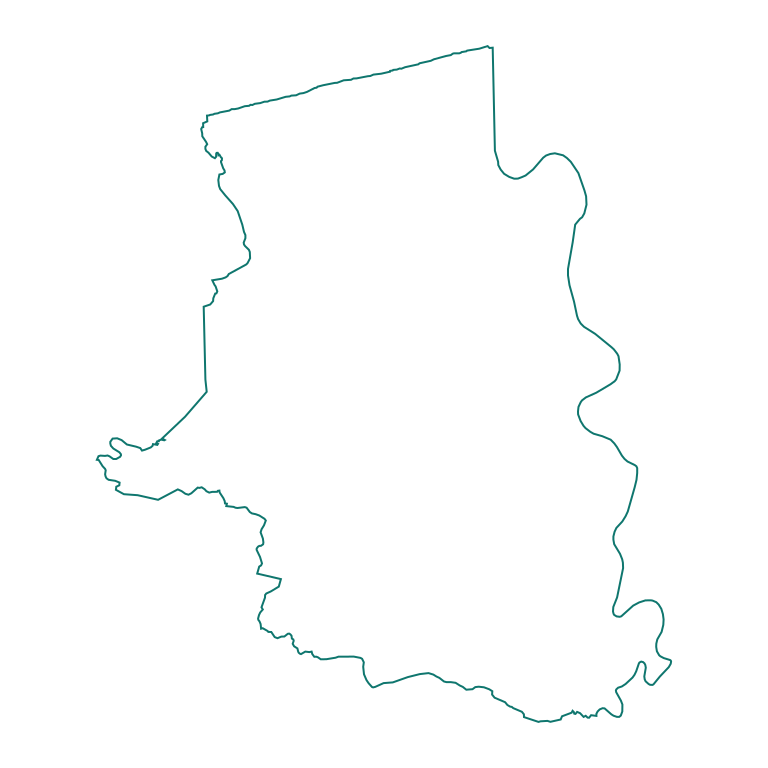 the district of Agua Dulce, Veracruz, Mexico
{"feature_id": "50627088B60707698432893", "entity_name": "Agua Dulce", "entity_type": "district", "adm_level": 2, "iso_a3": "MEX", "parent_name": "Mexico", "parent_adm1": "Veracruz", "projection": "orthographic", "projection_center": [-94.163, 18.09], "detail": "fine", "context": "isolated", "style": "outline", "palette": "teal", "viewbox_px": 768, "rotation_deg": 0, "n_neighbors": 0, "source": "geoboundaries", "source_scale": "gbopen_adm2", "svg_char_len": 6053}
<svg xmlns="http://www.w3.org/2000/svg" viewBox="0 0 768 768"><path d="M494.9,150.7L492.7,47.7L489.5,48.0L487.6,46.1L479.3,48.7L467.1,50.6L466.3,51.3L461.5,52.1L460.8,52.8L459.3,53.3L454.1,53.3L452.7,53.7L450.8,55.1L446.0,56.0L433.9,59.3L430.8,60.8L419.5,63.3L418.4,64.3L405.1,67.2L401.4,68.7L399.7,68.5L396.8,69.6L393.2,69.9L392.7,70.5L390.1,70.9L390.0,71.7L381.2,73.7L373.4,74.6L370.3,76.0L367.9,76.2L356.5,78.4L353.4,78.5L351.0,79.8L343.7,80.3L337.1,82.8L334.8,82.9L323.3,85.2L317.5,86.7L316.6,87.7L314.6,88.0L307.0,91.9L303.4,93.1L299.7,93.6L296.1,95.3L291.3,95.6L289.7,96.4L285.7,96.8L276.7,99.5L269.8,100.6L267.6,101.6L264.4,101.7L260.2,103.1L254.8,103.8L252.4,105.0L250.5,104.8L249.1,105.8L244.8,106.2L238.1,108.5L234.8,109.1L231.7,109.1L229.3,110.6L219.9,112.4L217.9,113.3L214.4,113.8L213.1,114.5L210.1,114.9L209.1,115.4L207.0,115.6L207.3,121.4L203.1,123.2L203.2,127.1L202.2,127.2L201.2,129.0L202.2,133.4L202.3,136.3L206.0,141.8L207.2,144.2L205.4,146.7L205.4,148.9L206.2,150.9L208.5,152.7L211.7,156.5L213.0,157.2L214.9,158.2L216.1,156.8L216.2,153.6L216.6,152.9L217.7,152.8L218.2,153.5L218.5,155.3L219.5,154.8L221.0,157.4L221.6,157.7L222.0,158.6L221.8,160.4L221.0,161.1L221.0,162.1L223.2,168.3L224.5,170.4L224.8,172.4L222.7,173.9L219.4,174.5L218.3,180.0L219.0,185.9L220.2,189.1L225.2,195.3L233.0,204.1L237.7,211.1L242.3,224.7L244.0,231.9L245.4,235.1L245.4,238.2L243.7,242.6L244.0,244.5L245.1,246.1L248.9,249.8L249.8,252.0L250.1,258.2L247.5,263.2L246.2,264.5L228.8,274.0L227.5,276.1L225.6,277.4L222.0,278.7L212.3,280.3L214.5,284.9L215.6,286.4L217.3,291.4L216.4,293.4L215.2,293.6L213.3,298.3L213.1,301.1L210.2,304.5L203.7,306.7L205.4,379.6L206.7,391.8L185.0,416.8L162.1,438.5L164.8,440.0L164.3,440.3L161.1,439.6L158.8,440.5L158.8,441.2L157.2,441.3L156.3,443.0L158.0,443.8L157.3,444.9L153.0,444.1L152.6,445.8L150.8,447.4L145.1,449.7L142.0,450.6L140.3,448.1L136.2,446.7L126.9,444.5L121.6,440.1L117.2,438.3L112.6,438.6L110.3,441.8L110.3,443.5L110.9,445.8L113.3,448.5L119.4,452.3L120.9,454.2L121.0,455.3L120.1,456.8L116.2,459.0L113.3,459.0L109.5,456.3L107.6,455.5L105.0,455.9L100.4,455.6L98.5,456.2L96.9,459.8L98.7,460.0L102.6,466.2L105.1,468.9L105.7,470.3L105.1,474.3L105.6,476.5L106.5,478.3L108.6,479.8L115.2,480.8L119.6,482.6L119.3,485.3L116.3,486.7L115.9,489.8L123.9,494.2L137.7,495.2L158.1,499.8L177.8,489.4L181.6,491.1L185.4,493.8L188.5,494.7L191.3,493.3L197.7,487.6L199.3,487.9L201.7,487.3L204.7,489.3L206.4,491.2L209.2,492.6L212.1,491.9L217.1,491.8L217.9,490.8L219.4,490.6L219.6,492.4L223.4,498.2L224.7,501.1L225.0,503.4L226.9,503.7L226.3,506.1L233.7,506.9L235.4,507.7L237.4,508.0L244.8,507.1L246.6,507.7L249.8,512.0L251.9,513.4L255.7,514.2L259.3,515.5L264.5,518.8L265.8,520.5L264.0,525.3L261.6,529.2L260.6,532.3L262.9,538.6L263.4,542.4L263.1,544.3L261.0,545.8L259.3,545.9L258.0,546.7L256.7,548.5L256.6,549.8L260.0,556.9L262.0,563.4L261.1,565.4L259.2,566.6L257.2,573.6L280.9,579.1L278.8,586.6L270.7,591.5L266.3,593.5L265.1,595.0L265.0,597.6L261.5,607.3L262.8,609.5L260.2,612.5L259.0,615.1L258.1,618.5L258.3,619.8L259.5,621.4L260.6,624.0L261.1,628.7L262.7,628.2L267.6,631.0L268.3,631.9L271.3,632.0L274.7,637.1L277.5,638.2L281.3,636.6L284.4,636.5L287.8,633.8L289.2,633.6L290.4,634.4L291.5,635.7L291.9,638.6L293.3,639.4L293.7,640.8L292.7,643.8L294.1,646.3L297.4,648.4L298.2,651.7L298.7,652.7L299.9,653.7L301.0,654.1L305.3,651.6L309.4,652.1L311.6,651.6L312.3,654.1L314.3,656.8L316.3,656.7L317.9,657.3L320.8,659.3L326.4,659.2L335.6,657.7L338.4,656.7L353.8,656.6L360.5,657.9L362.1,658.8L363.8,662.3L363.2,666.8L364.0,674.3L366.5,680.1L368.6,683.2L372.0,687.0L373.1,687.4L375.2,686.9L383.6,683.1L392.8,682.4L407.8,677.1L419.8,674.1L428.5,673.1L433.4,674.6L436.4,676.5L439.4,677.9L444.0,681.5L446.4,682.1L450.6,682.1L455.6,682.8L459.8,685.5L462.8,686.9L466.3,689.7L472.5,689.2L475.3,687.1L478.7,686.7L484.0,687.3L489.3,689.3L492.3,691.2L492.1,694.6L494.6,697.7L505.1,702.2L507.4,705.0L510.1,706.6L511.8,706.9L513.2,708.1L521.9,711.8L523.9,714.3L524.0,717.1L538.5,721.9L540.6,721.3L547.5,720.9L550.4,721.8L560.7,719.5L562.0,716.3L571.6,712.7L572.6,710.8L573.8,712.0L574.3,713.7L575.5,713.9L577.1,711.9L580.1,713.2L583.6,716.9L585.7,715.8L587.6,717.6L589.1,717.7L591.1,715.2L596.4,715.9L596.4,713.8L597.6,711.5L599.7,709.4L602.6,708.2L604.6,708.4L611.3,714.3L613.5,715.7L617.0,716.9L619.2,716.9L620.8,715.6L622.3,711.5L622.4,704.5L620.9,700.6L616.2,692.2L615.9,690.4L616.3,689.4L618.1,687.7L621.8,686.5L625.6,684.0L632.5,677.6L634.5,674.8L636.2,671.3L638.9,663.4L639.5,662.5L641.2,661.6L643.1,662.1L644.5,663.4L645.3,665.0L645.8,667.7L644.3,676.4L644.7,679.3L645.6,681.3L648.6,684.0L650.1,684.8L652.6,684.9L653.6,684.2L659.9,676.5L668.8,667.1L670.7,663.8L671.1,661.5L670.8,660.6L670.0,660.0L663.8,658.1L660.4,656.3L659.2,655.3L656.9,651.3L656.2,646.9L656.3,643.7L657.3,639.4L661.6,631.9L663.3,624.9L663.6,619.5L662.9,614.1L661.3,608.8L658.7,604.6L656.3,602.2L652.6,600.6L650.8,600.3L645.4,600.4L639.2,602.4L633.2,605.6L621.3,616.3L619.7,616.8L616.6,616.4L614.2,614.9L613.6,613.9L613.0,611.5L613.3,607.0L617.1,597.4L623.1,568.1L622.9,562.7L622.2,559.3L620.0,553.8L614.2,544.2L613.4,539.7L613.4,536.5L614.6,531.7L616.4,527.9L622.3,521.5L625.6,516.2L627.8,511.5L634.7,487.2L636.5,479.8L637.2,473.0L637.2,468.1L636.4,466.3L634.8,465.1L627.5,461.5L624.5,458.9L621.9,455.6L616.9,447.0L614.3,443.4L610.7,439.7L602.3,436.2L593.6,433.7L590.3,431.8L585.5,428.1L583.5,425.8L580.6,421.0L578.1,414.4L578.0,411.4L578.5,406.9L580.7,402.2L582.0,400.4L585.9,397.4L596.3,392.7L610.6,384.2L614.7,381.2L616.2,379.4L619.6,370.6L619.7,364.5L618.5,356.2L617.2,353.7L613.8,349.3L611.5,347.2L595.2,333.9L584.0,326.8L580.7,323.5L578.1,319.1L577.0,315.7L574.0,301.5L569.5,285.2L568.0,275.4L568.0,269.0L572.7,242.2L575.2,224.6L580.0,218.8L582.1,217.3L584.3,213.4L586.5,204.7L586.1,196.3L584.4,190.3L578.4,173.1L570.8,161.8L566.9,158.0L563.1,155.3L554.9,153.3L550.2,154.0L546.1,155.5L543.2,157.7L533.1,169.4L525.6,175.5L521.7,177.2L517.9,178.6L514.2,178.7L509.2,176.9L504.1,173.8L500.7,169.6L498.3,165.1L498.1,161.7L494.9,150.7Z" fill="none" stroke="#0f766e" stroke-width="2"/></svg>